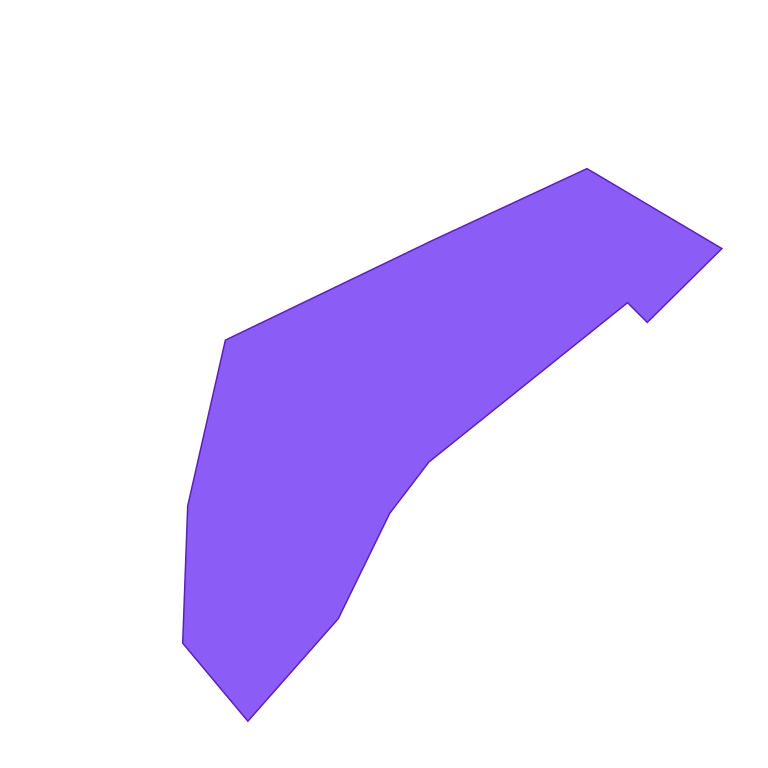 an SVG outline of Galway, rotated 315°
{"feature_id": "IRL-5568", "entity_name": "Galway", "entity_type": "City", "adm_level": 1, "iso_a3": "IRL", "parent_name": "Ireland", "parent_adm1": "", "projection": "robinson", "projection_center": [-9.01, 53.297], "detail": "fine", "context": "isolated", "style": "filled", "palette": "violet", "viewbox_px": 768, "rotation_deg": 315, "n_neighbors": 0, "source": "natural_earth", "source_scale": "10m", "svg_char_len": 325}
<svg xmlns="http://www.w3.org/2000/svg" viewBox="0 0 768 768"><g transform="rotate(315 384 384)"><path d="M613.7,526.6L613.7,498.7L360.7,470.9L296.6,479.5L185.7,517.6L49.3,526.2L58.4,424.9L159.0,331.4L302.9,240.8L519.9,316.8L679.8,375.2L718.7,527.2L613.7,526.6Z" fill="#8b5cf6" stroke="#5b21b6" stroke-width="1.5"/></g></svg>